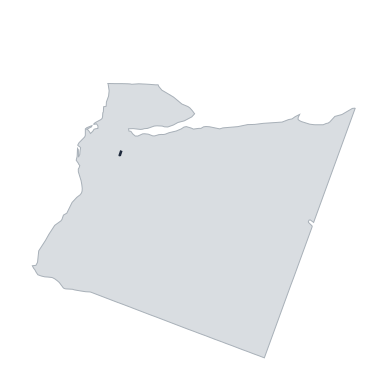 location of Tura, Al Qahirah, Egypt, rotated 290°
{"feature_id": "37247803B1884066406604", "entity_name": "Tura", "entity_type": "district", "adm_level": 2, "iso_a3": "EGY", "parent_name": "Egypt", "parent_adm1": "Al Qahirah", "projection": "robinson", "projection_center": [31.303, 29.94], "detail": "fine", "context": "in_parent", "style": "filled", "palette": "slate", "viewbox_px": 384, "rotation_deg": 290, "n_neighbors": 0, "source": "geoboundaries", "source_scale": "gbopen_adm2", "svg_char_len": 3393}
<svg xmlns="http://www.w3.org/2000/svg" viewBox="0 0 384 384"><g transform="rotate(290 192 192)"><path d="M326.4,316.7L319.1,316.7L311.7,316.7L304.4,316.7L297.1,316.7L289.8,316.7L282.4,316.7L275.1,316.7L267.8,316.7L260.5,316.7L253.1,316.7L245.8,316.7L238.5,316.7L231.2,316.7L223.8,316.7L216.5,316.7L209.2,316.7L205.0,316.7L205.7,314.4L206.2,312.8L205.7,311.7L204.2,311.4L203.3,311.8L201.1,316.6L200.0,316.8L197.4,316.8L188.8,316.8L180.3,316.8L171.8,316.8L163.3,316.8L154.7,316.8L146.2,316.8L137.7,316.7L129.1,316.7L120.6,316.7L112.1,316.7L103.5,316.7L95.0,316.7L86.5,316.7L78.0,316.7L69.4,316.7L60.9,316.7L61.0,310.9L61.0,305.1L61.1,299.3L61.1,293.5L61.2,287.7L61.3,281.9L61.3,276.1L61.4,270.3L61.4,264.5L61.5,258.7L61.6,252.9L61.6,247.1L61.7,241.3L61.7,235.5L61.8,229.7L61.9,223.9L62.0,218.1L62.1,212.3L62.2,206.5L62.3,200.7L62.3,194.9L62.4,189.1L62.5,183.3L62.6,177.5L62.7,171.7L62.8,165.9L62.8,160.1L62.9,154.3L63.0,148.5L63.1,142.7L63.2,136.9L63.3,131.1L63.1,130.0L61.9,126.1L60.9,121.1L59.8,114.9L59.7,112.9L57.8,106.6L57.6,104.8L58.1,103.5L61.6,98.2L62.6,95.6L63.5,92.5L63.8,89.9L62.9,86.1L61.9,82.6L61.5,79.0L61.5,75.5L63.2,73.1L65.2,70.9L66.0,69.5L67.3,68.0L68.1,67.2L69.7,70.4L73.1,70.9L84.3,68.1L96.5,70.9L103.3,72.0L113.7,74.4L120.0,78.7L121.7,79.2L126.3,79.1L129.3,81.6L141.2,82.9L147.6,85.6L151.2,87.9L153.3,88.5L155.3,88.4L157.9,87.6L161.1,86.0L164.7,83.9L172.1,78.3L174.7,77.3L176.4,77.6L178.5,77.5L179.4,76.0L180.5,74.9L181.2,73.8L182.3,72.3L186.1,71.9L193.8,69.5L192.9,70.7L185.9,73.4L188.9,73.7L192.0,72.8L195.5,72.2L196.1,71.0L196.6,68.9L197.3,68.6L199.7,69.0L206.9,72.3L208.7,72.4L213.7,70.6L214.8,70.2L216.5,71.2L220.2,75.3L218.9,75.3L214.9,71.7L214.6,73.5L212.3,76.6L215.1,78.0L217.5,78.5L218.7,80.2L219.5,81.8L221.8,81.1L223.4,79.0L222.6,77.8L222.0,76.6L222.7,76.5L224.3,77.5L228.9,81.6L230.4,82.4L232.2,82.2L235.9,81.1L236.9,81.3L241.9,79.8L242.5,80.9L243.3,82.0L247.3,80.8L253.6,80.8L258.8,79.5L264.7,76.3L265.2,75.8L265.5,76.6L266.2,78.8L268.1,84.3L269.7,88.6L271.7,94.6L272.4,96.9L272.6,98.5L275.5,105.0L277.2,110.5L278.5,114.8L280.3,121.3L281.1,123.5L279.8,124.7L277.4,128.8L274.9,142.1L271.2,152.4L270.9,158.9L270.3,161.2L268.5,164.5L266.4,167.7L262.5,166.1L256.2,160.4L252.5,155.0L248.6,151.6L244.8,147.0L243.8,143.7L243.8,141.6L242.2,136.4L241.0,133.9L236.5,128.4L235.2,125.5L234.2,124.2L233.2,122.3L231.5,115.2L229.7,110.7L227.7,111.9L228.1,113.8L226.3,116.5L225.2,119.5L226.1,122.0L229.8,125.8L230.5,127.5L231.4,131.1L231.3,136.0L231.9,137.7L234.6,141.3L235.6,143.5L236.2,145.4L237.1,147.0L239.9,150.2L243.9,156.3L247.6,160.3L250.3,162.3L251.5,164.3L251.8,169.4L251.6,171.8L254.0,176.4L254.9,178.7L257.2,180.6L258.3,182.7L259.3,186.2L260.8,196.5L262.8,199.1L269.1,212.7L274.4,221.3L276.9,227.7L280.9,235.5L288.5,252.7L293.1,258.0L294.9,261.0L298.2,263.3L301.7,266.6L298.4,266.3L297.5,266.5L296.3,267.0L295.8,269.0L295.6,270.7L296.0,279.4L297.0,283.8L300.0,292.2L302.3,294.7L303.3,296.3L304.9,297.5L311.9,300.4L316.1,306.4L325.4,314.1L326.4,316.2L326.4,316.7Z" fill="#d9dde1" stroke="#a8b0b8" stroke-width="1"/><path d="M203.7,112.1L206.0,112.0L206.0,110.9L203.6,111.0L203.2,111.0L202.9,111.0L202.6,111.0L202.4,111.1L202.2,111.1L201.9,111.0L201.7,111.0L201.4,111.2L201.4,111.3L201.5,111.5L201.6,111.8L201.7,112.0L201.8,112.1L202.0,112.2L202.4,112.1L202.5,112.1L202.8,112.1L203.0,112.1L203.7,112.1Z" fill="#64748b" stroke="#1e293b" stroke-width="1.5"/></g></svg>